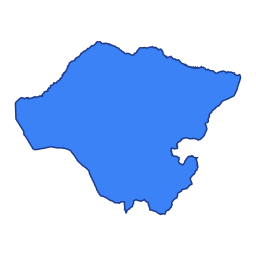 outline of Iringa, Iringa, United Republic of Tanzania
{"feature_id": "72390352B92646008536074", "entity_name": "Iringa", "entity_type": "district", "adm_level": 2, "iso_a3": "TZA", "parent_name": "United Republic of Tanzania", "parent_adm1": "Iringa", "projection": "robinson", "projection_center": [35.361, -7.564], "detail": "fine", "context": "isolated", "style": "filled", "palette": "blue", "viewbox_px": 256, "rotation_deg": 0, "n_neighbors": 0, "source": "geoboundaries", "source_scale": "gbopen_adm2", "svg_char_len": 5732}
<svg xmlns="http://www.w3.org/2000/svg" viewBox="0 0 256 256"><path d="M115.2,46.4L109.9,44.5L109.5,44.6L109.5,44.1L108.8,44.2L108.1,43.7L106.8,43.6L105.4,43.1L104.4,43.7L103.3,43.4L102.2,43.8L100.2,41.8L98.8,42.0L97.4,41.7L96.2,42.4L95.9,43.6L94.6,44.6L94.0,45.4L92.4,45.8L91.8,45.6L91.2,46.3L90.5,46.7L89.7,48.0L88.4,48.5L87.9,48.4L85.5,51.0L84.5,50.9L83.8,51.3L83.1,52.2L80.9,53.6L80.4,55.0L78.5,57.0L76.9,57.4L76.0,58.1L75.9,58.8L75.1,59.0L74.7,60.3L73.2,61.1L71.9,61.2L71.1,61.5L70.0,62.8L69.3,63.1L69.0,64.6L68.5,65.5L67.5,66.2L67.8,67.0L66.4,70.2L65.1,72.0L65.0,72.5L64.3,72.4L63.9,72.7L63.8,73.7L63.2,74.8L62.5,74.5L62.1,75.9L62.2,76.8L61.8,77.4L60.2,78.7L60.0,79.0L60.3,79.2L60.3,79.4L58.6,80.7L57.3,81.3L56.7,82.7L54.6,83.3L54.2,82.8L53.9,82.8L53.6,83.4L53.5,84.1L52.3,85.1L51.0,85.4L50.4,85.9L50.6,86.6L49.8,88.2L49.5,88.3L48.6,88.1L48.4,88.9L47.8,89.4L47.9,90.7L47.7,91.2L46.5,91.1L45.1,91.6L44.6,92.2L44.1,92.2L43.6,93.4L42.5,94.4L42.4,94.8L42.5,95.9L42.2,96.4L41.7,96.4L41.4,95.8L41.1,96.1L40.6,96.0L40.3,96.2L39.6,96.0L37.8,97.0L36.4,97.0L36.1,97.4L35.7,97.0L34.4,96.7L33.8,97.5L33.0,97.4L32.1,98.2L31.0,98.0L28.8,98.8L28.2,97.8L27.5,98.4L27.3,97.7L27.0,97.6L24.4,98.7L23.8,98.1L23.1,98.2L21.6,97.6L21.0,97.8L20.5,98.4L19.9,98.5L17.6,100.6L15.7,102.5L15.4,103.5L16.0,119.1L23.7,131.3L24.0,134.8L25.0,135.7L26.4,137.7L33.0,148.8L34.6,149.6L37.0,149.5L40.8,148.7L43.8,148.3L50.8,146.7L57.4,147.9L60.5,147.8L64.3,148.3L67.1,149.0L70.1,150.3L70.8,150.9L72.3,153.1L74.3,155.4L78.0,161.3L80.3,163.2L82.5,165.5L85.6,167.6L89.1,170.8L89.1,172.1L89.6,173.2L89.8,174.4L90.5,175.3L91.0,177.0L91.9,178.0L92.4,179.9L93.1,180.7L93.3,181.6L94.3,183.2L95.2,186.0L95.6,186.3L96.6,188.9L96.8,189.9L97.6,190.8L98.2,192.5L98.9,193.0L99.5,194.6L100.0,194.8L100.8,195.8L103.5,196.5L106.0,197.6L110.4,200.5L112.4,200.9L114.6,202.6L117.2,202.9L118.4,202.8L119.3,203.2L120.8,202.1L121.3,201.9L124.2,201.8L124.5,202.6L124.3,204.4L124.7,206.0L124.6,206.7L124.9,208.1L124.5,209.5L125.3,210.1L125.6,211.7L126.1,212.8L126.6,212.1L127.1,210.2L129.7,208.7L130.5,207.5L132.3,206.6L133.0,204.3L133.4,203.8L133.7,201.4L134.1,200.5L136.3,199.7L137.1,200.3L137.8,200.3L139.0,200.9L139.9,200.7L140.5,201.1L141.2,201.1L143.1,200.4L144.5,199.5L145.0,200.6L146.5,201.9L147.8,202.0L148.2,202.4L148.3,204.6L148.8,205.1L149.0,206.3L149.7,208.0L149.6,209.1L150.1,210.0L152.5,210.3L153.3,210.9L155.7,211.3L157.6,212.8L160.2,214.3L161.5,214.3L161.9,213.8L162.7,213.9L163.4,213.6L164.0,213.7L164.8,214.2L165.5,212.8L165.8,211.7L167.3,210.2L168.1,210.3L168.4,209.9L169.3,209.6L170.1,208.0L171.0,207.5L172.2,204.5L171.7,203.8L172.1,201.5L173.3,200.6L173.6,199.7L174.5,199.3L174.9,198.7L176.8,197.9L177.6,195.3L177.4,194.1L178.1,192.9L181.4,191.2L181.8,189.9L182.6,189.4L184.2,189.2L185.7,188.5L186.8,188.7L187.4,187.6L188.7,186.6L189.4,185.4L189.9,185.0L191.8,184.4L191.9,183.6L191.7,183.1L191.8,182.8L190.6,180.3L190.3,178.1L191.9,176.0L192.6,175.5L193.4,174.1L194.0,174.2L194.6,173.6L195.7,170.6L196.7,170.3L197.3,168.2L197.8,167.6L197.9,166.9L197.5,166.2L197.6,165.8L197.4,165.7L197.5,165.3L197.0,165.0L197.4,164.1L197.1,162.6L197.2,162.1L196.6,161.5L196.6,160.2L196.3,160.2L196.3,159.6L195.9,159.3L197.1,157.8L195.9,158.0L195.5,157.6L194.7,157.6L193.6,157.3L193.2,156.5L192.1,155.7L191.9,155.7L191.7,156.2L191.2,155.9L190.2,156.7L189.8,156.3L189.0,156.7L188.6,156.5L188.0,156.8L184.9,161.2L184.3,163.2L182.6,165.0L181.8,164.4L179.8,163.5L178.6,162.3L178.5,161.0L179.1,159.6L179.0,157.6L178.0,157.3L176.2,156.2L175.6,156.3L173.7,156.0L173.0,155.4L172.3,155.6L172.1,155.4L172.0,154.7L172.2,154.2L172.1,153.6L171.6,152.9L171.7,151.9L171.1,151.4L171.5,149.2L171.3,148.5L171.7,148.0L172.1,147.9L174.4,148.9L177.4,148.4L177.5,147.9L177.2,147.3L177.5,146.4L177.1,145.5L176.7,145.5L176.6,145.0L177.0,144.0L177.3,143.9L177.1,143.6L177.3,143.0L178.3,142.2L178.4,141.9L179.8,141.5L181.0,139.8L181.3,140.1L181.8,139.2L182.5,138.7L183.9,138.2L186.0,137.8L187.6,137.9L188.0,138.2L190.6,138.9L191.0,138.6L192.3,138.7L192.7,138.4L194.7,138.6L196.5,139.0L198.2,140.1L200.5,139.2L203.3,136.6L204.3,135.3L206.9,129.1L206.0,125.3L205.1,124.2L205.0,123.8L205.7,123.1L207.7,122.2L208.3,121.6L208.1,119.1L209.3,116.7L209.5,115.1L209.3,114.5L209.7,113.6L211.4,112.6L211.7,112.1L211.8,111.2L215.4,108.2L216.0,107.3L217.7,106.1L218.7,105.9L220.3,104.1L222.1,101.4L223.9,100.4L228.1,98.8L230.0,97.7L233.7,96.0L234.6,94.6L237.2,89.1L237.6,87.0L239.9,80.1L240.6,77.4L240.4,76.9L240.2,75.9L239.7,74.8L239.3,74.6L237.2,75.6L236.3,75.4L235.5,74.6L234.9,74.6L234.4,74.1L234.4,73.0L233.4,73.0L230.8,72.0L230.3,72.4L229.5,72.3L228.8,71.9L227.3,72.0L226.4,72.9L225.5,71.9L223.5,71.1L221.7,71.3L219.5,71.9L216.7,73.2L215.8,73.3L213.3,71.0L209.7,70.5L208.0,69.2L207.0,69.8L206.2,69.8L204.6,67.9L203.6,67.8L203.1,67.2L201.9,67.5L201.3,66.7L199.6,67.9L198.7,67.9L198.3,68.3L197.9,68.0L197.4,68.0L197.7,67.4L197.5,67.2L196.9,68.0L196.4,67.7L196.0,68.1L195.7,67.6L195.1,68.1L195.0,67.2L194.2,67.6L193.6,67.3L193.2,67.9L192.9,67.2L192.3,67.7L191.9,67.3L191.4,67.4L191.0,66.9L190.5,67.3L189.4,66.5L188.4,66.7L187.5,66.0L186.8,66.1L186.6,65.2L185.9,65.2L185.5,64.4L185.3,64.4L184.8,65.0L184.0,64.1L182.3,63.6L180.8,62.5L178.7,59.9L177.8,60.3L176.6,59.7L175.8,60.0L175.0,58.9L173.2,59.0L171.9,57.3L171.2,57.0L171.0,56.4L166.6,57.8L166.2,57.0L166.5,56.4L164.6,55.8L163.4,54.2L162.5,51.2L161.4,49.5L160.2,49.1L159.0,49.7L158.3,49.7L157.6,48.6L156.5,48.3L156.1,47.6L155.6,47.3L153.9,47.8L152.7,46.7L152.3,46.7L146.6,48.1L145.3,47.6L142.7,47.7L141.9,48.0L140.8,47.7L139.9,47.8L137.1,51.0L136.5,52.5L135.0,53.5L134.3,53.4L133.9,54.7L132.9,55.4L130.2,54.3L128.9,53.5L124.8,53.5L123.3,51.9L122.0,51.5L121.3,50.6L119.6,49.5L118.8,48.3L115.8,47.1L115.2,46.4Z" fill="#3b82f6" stroke="#1e3a8a" stroke-width="1.5"/></svg>